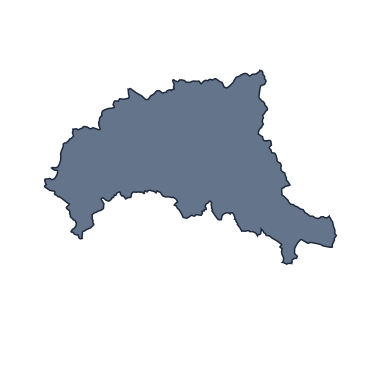 outline of Canas, Cusco, Peru, rotated 148°
{"feature_id": "86281439B51394298933174", "entity_name": "Canas", "entity_type": "district", "adm_level": 2, "iso_a3": "PER", "parent_name": "Peru", "parent_adm1": "Cusco", "projection": "natural_earth1", "projection_center": [-71.322, -14.372], "detail": "fine", "context": "isolated", "style": "filled", "palette": "slate", "viewbox_px": 384, "rotation_deg": 148, "n_neighbors": 0, "source": "geoboundaries", "source_scale": "gbopen_adm2", "svg_char_len": 6047}
<svg xmlns="http://www.w3.org/2000/svg" viewBox="0 0 384 384"><g transform="rotate(148 192 192)"><path d="M88.5,98.8L91.3,98.5L93.1,100.0L93.7,101.4L95.8,102.6L98.0,102.3L99.1,102.9L101.4,104.8L102.0,106.8L103.0,108.0L104.4,108.7L104.9,109.4L106.0,112.8L107.0,114.4L107.1,118.2L108.9,119.9L110.6,123.7L112.2,125.7L112.9,127.8L114.9,129.4L115.3,132.5L115.0,134.1L116.4,139.9L117.4,141.9L116.4,143.1L115.5,145.3L114.4,146.8L113.5,147.4L112.6,147.5L112.1,146.9L110.2,147.4L106.4,146.1L105.2,146.0L105.2,150.3L105.7,151.8L104.6,153.8L103.9,157.3L103.2,158.9L104.7,161.5L104.8,163.3L103.9,165.4L102.5,166.8L102.1,167.6L101.9,170.1L103.1,171.6L103.4,173.6L102.5,174.7L101.2,179.2L101.3,181.1L103.6,183.1L102.7,185.9L103.2,187.8L103.0,188.5L102.0,189.4L99.8,189.6L98.2,193.4L98.5,194.3L99.1,194.8L102.8,196.5L103.7,197.5L103.6,200.1L102.9,201.2L105.0,206.1L103.3,208.3L102.6,208.8L100.3,209.9L98.8,209.8L97.5,211.0L95.6,211.5L95.2,214.3L93.6,216.2L92.1,217.0L91.8,218.9L91.4,219.6L89.1,220.2L86.7,221.5L84.9,221.6L83.7,222.8L83.7,225.3L84.2,226.7L83.6,228.2L83.5,229.7L83.7,231.0L84.5,232.2L85.2,236.4L84.5,237.7L79.8,243.4L77.9,245.2L76.9,245.6L73.4,244.8L70.4,246.8L70.2,248.1L70.5,249.6L69.1,251.7L69.6,254.0L68.6,255.9L68.4,257.3L69.9,259.3L70.8,258.5L75.2,258.2L78.4,259.8L81.5,259.8L82.0,260.3L82.8,263.2L84.0,264.4L86.3,265.2L87.1,265.0L89.1,265.4L89.7,265.0L93.7,265.9L97.2,264.3L98.7,263.2L104.2,261.9L107.2,261.8L108.1,262.5L109.1,264.1L108.4,268.9L109.8,270.7L111.8,275.5L112.9,276.0L115.1,276.0L116.8,277.9L118.2,278.2L119.4,277.9L121.2,279.5L123.3,279.8L126.8,278.9L127.2,279.4L127.2,282.1L127.6,282.6L128.8,283.0L131.9,285.3L133.6,285.9L135.4,285.9L137.4,287.4L138.8,288.0L139.3,290.5L141.3,292.5L142.3,292.9L142.8,293.6L145.2,293.1L146.1,293.5L147.8,295.7L148.0,296.8L148.6,297.1L149.1,297.0L149.6,295.8L150.2,292.4L152.0,290.9L152.5,288.7L154.5,289.4L155.8,288.9L156.3,290.2L157.6,290.8L159.8,291.0L160.4,290.4L161.4,290.5L164.7,291.6L165.7,294.7L166.6,295.7L167.9,296.4L169.6,296.2L171.8,295.3L176.2,295.4L179.1,294.1L180.7,294.0L182.0,294.7L182.4,295.4L183.7,300.2L186.6,305.4L189.3,312.1L189.6,312.5L191.1,312.6L191.7,313.1L194.0,308.4L194.6,306.4L196.0,305.2L200.5,306.7L204.0,309.4L206.3,308.2L209.2,310.1L209.9,310.1L212.7,307.8L212.6,305.7L213.2,304.9L215.9,305.6L216.8,306.3L219.2,307.3L222.6,308.0L225.2,308.0L227.0,306.4L227.9,304.5L229.7,304.4L230.5,303.7L231.2,303.6L232.6,301.7L234.6,300.2L234.7,298.9L235.5,298.4L236.4,294.0L236.7,293.9L237.4,293.9L238.7,295.0L241.9,299.0L244.1,299.2L245.0,299.6L246.4,302.7L248.7,304.7L250.0,304.9L251.3,304.2L252.3,304.7L255.0,305.0L255.8,305.4L256.5,306.8L259.8,308.4L260.0,307.3L261.9,305.8L262.9,302.1L266.1,301.5L267.5,301.8L269.5,300.9L272.4,300.4L273.1,300.4L274.1,301.1L275.6,301.0L277.2,298.8L281.6,295.5L283.4,293.8L284.1,292.1L286.7,288.4L290.9,285.0L293.1,284.4L295.2,285.0L297.2,286.7L298.4,286.8L297.6,284.3L296.6,282.9L294.7,281.7L295.2,280.3L296.8,278.6L300.6,276.4L302.2,276.2L304.4,276.7L305.4,278.9L307.5,279.5L309.2,280.6L310.0,280.7L310.9,279.6L311.6,276.8L311.7,275.4L313.2,275.4L314.2,274.5L311.7,268.7L309.6,266.7L308.7,266.2L308.2,264.8L308.3,264.1L309.5,263.5L309.6,262.3L308.6,261.0L308.1,259.2L306.3,256.9L303.2,248.2L302.3,246.9L303.2,246.3L306.4,245.7L306.9,245.3L306.9,244.0L306.0,241.4L305.9,240.4L307.1,238.6L307.6,236.6L308.3,235.5L307.6,233.0L307.4,231.3L306.2,229.5L306.6,228.2L306.4,227.1L308.5,224.5L311.5,223.6L313.2,223.7L315.6,222.5L315.5,221.9L314.3,220.7L314.1,218.6L312.5,216.7L311.4,216.0L312.2,212.8L311.6,211.5L309.7,210.8L309.5,211.6L307.1,214.5L306.7,215.5L305.7,216.3L304.5,216.3L303.7,215.8L302.3,216.1L296.9,215.3L292.7,216.3L292.3,216.7L292.4,217.9L292.0,219.3L290.9,220.5L291.1,222.0L289.8,223.5L288.9,225.7L285.5,226.1L284.2,225.5L281.5,225.5L278.8,224.7L275.9,224.9L273.0,228.6L272.9,234.0L272.5,234.4L271.0,234.5L270.2,233.4L269.3,230.6L267.7,228.6L266.9,228.2L263.8,228.7L263.0,229.6L261.4,229.0L259.7,230.4L259.2,230.4L258.4,229.5L256.0,231.0L253.4,230.5L253.0,229.7L253.8,228.3L253.8,227.2L253.4,225.6L252.7,225.6L252.3,225.0L251.9,221.2L249.1,221.2L248.0,220.3L246.5,220.0L243.6,222.9L241.8,223.1L239.2,221.2L237.5,220.6L236.8,219.7L236.2,219.6L234.4,218.2L233.6,216.2L232.9,216.2L232.6,217.1L232.1,217.7L231.0,217.8L230.4,216.2L229.9,215.9L228.7,216.4L226.8,216.0L225.8,214.5L223.7,212.5L223.0,210.3L221.0,211.4L220.0,209.7L219.3,208.9L218.8,207.2L219.1,206.1L218.8,204.0L217.0,201.8L214.6,200.5L211.9,197.8L210.9,197.8L209.3,194.4L209.4,191.3L212.2,191.0L214.0,190.3L212.8,188.5L213.0,185.6L212.4,184.0L212.4,179.7L212.9,175.0L210.3,172.5L206.3,172.4L204.9,172.7L202.8,170.2L200.3,170.5L196.6,167.4L194.7,168.2L194.1,169.2L194.0,170.1L193.5,170.4L192.9,170.3L192.0,169.4L190.8,170.5L189.2,169.7L188.4,171.1L188.7,172.8L186.4,174.3L184.1,174.3L182.4,175.0L181.4,174.7L181.1,172.3L182.6,171.0L182.9,169.5L184.0,168.0L183.9,166.1L184.8,165.8L185.1,165.3L184.8,157.9L184.5,155.3L183.9,154.1L181.8,153.0L179.4,155.6L177.6,156.4L176.5,156.5L174.2,156.2L172.4,155.3L171.2,153.1L170.0,153.8L169.1,153.2L168.6,152.2L168.5,150.5L169.4,147.1L170.4,146.5L169.5,145.0L170.3,143.7L169.9,141.0L170.8,140.4L170.3,136.5L170.6,132.4L169.3,131.8L167.7,130.5L165.2,129.7L164.3,128.9L163.8,127.6L161.4,126.1L159.7,123.5L159.7,120.0L158.7,120.8L156.8,120.1L155.7,120.3L155.1,121.4L153.9,122.3L152.9,124.0L152.4,120.7L152.6,119.5L151.8,117.7L152.1,115.8L149.7,113.9L148.5,110.4L146.0,105.9L143.9,100.4L144.0,99.8L146.6,98.8L146.0,96.9L145.5,96.3L147.9,93.7L148.8,91.2L149.2,87.6L150.6,85.7L152.1,84.5L152.7,84.4L151.4,83.3L151.2,82.4L150.6,81.9L150.0,80.6L148.3,80.6L147.4,79.8L146.7,79.7L145.4,78.5L144.8,79.5L144.2,79.4L144.0,80.3L143.1,81.3L140.4,81.4L138.7,80.5L138.1,80.6L136.7,81.8L137.4,84.2L137.4,86.0L134.6,90.0L129.6,92.8L125.1,94.0L124.0,93.2L121.3,87.6L120.2,86.7L119.1,86.8L117.6,86.0L111.8,80.5L110.5,79.0L109.6,77.1L108.0,75.5L103.9,71.7L102.2,70.9L101.0,73.0L96.8,75.6L95.9,77.2L92.6,78.6L92.9,81.2L91.1,83.8L90.4,87.2L88.6,92.3L88.8,94.9L88.4,96.7L88.8,98.4L88.5,98.8Z" fill="#64748b" stroke="#1e293b" stroke-width="1.5"/></g></svg>